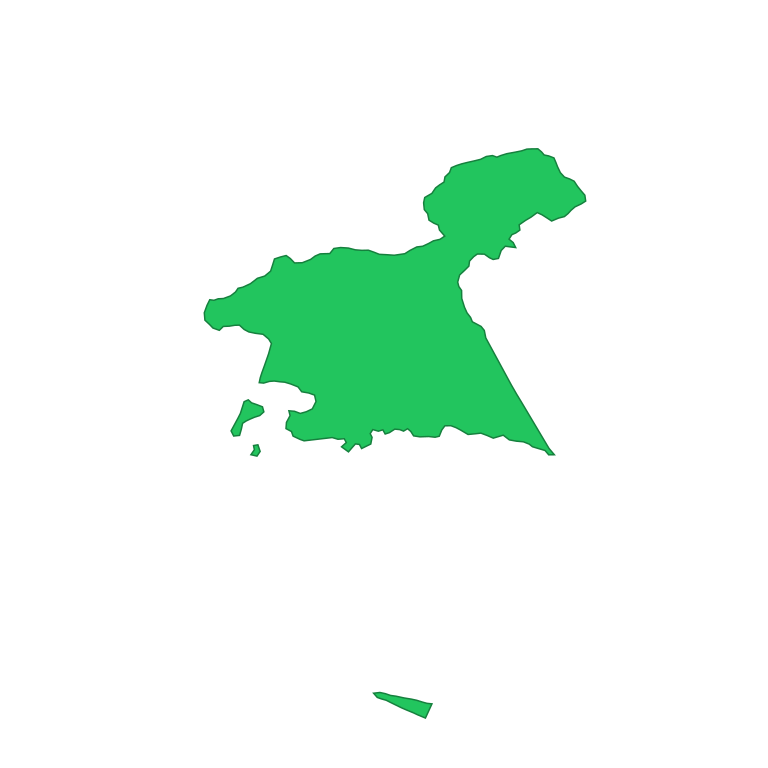 Itaguaí, Rio de Janeiro, Brazil (Albers equal-area conic projection), rotated 28°
{"feature_id": "56859067B25747814882547", "entity_name": "Itaguaí", "entity_type": "district", "adm_level": 2, "iso_a3": "BRA", "parent_name": "Brazil", "parent_adm1": "Rio de Janeiro", "projection": "albers", "projection_center": [-43.809, -22.874], "detail": "fine", "context": "isolated", "style": "filled", "palette": "green", "viewbox_px": 768, "rotation_deg": 28, "n_neighbors": 0, "source": "geoboundaries", "source_scale": "gbopen_adm2", "svg_char_len": 3473}
<svg xmlns="http://www.w3.org/2000/svg" viewBox="0 0 768 768"><g transform="rotate(28 384 384)"><path d="M456.7,115.7L451.7,115.8L446.2,116.6L440.5,114.6L435.1,110.6L431.9,107.8L427.9,104.6L422.3,105.3L417.9,106.6L414.1,105.1L409.5,104.1L404.5,106.8L399.9,109.5L396.1,113.5L391.0,117.7L384.3,123.0L379.8,127.5L377.2,130.7L372.5,131.4L367.5,135.1L363.8,140.3L359.1,144.5L353.3,149.5L349.3,153.1L345.5,157.0L341.9,161.4L342.6,166.5L340.6,172.5L342.2,177.5L339.7,181.9L337.5,186.6L336.8,193.2L332.4,200.2L333.9,205.4L337.7,211.1L342.6,213.1L346.8,218.2L352.4,218.6L357.3,218.2L360.7,222.0L368.2,224.9L365.5,230.0L360.4,234.4L357.5,238.9L353.5,244.2L348.6,247.6L344.2,253.9L341.2,259.2L337.5,261.9L332.6,265.5L325.2,268.8L319.0,271.7L313.5,272.3L307.4,273.2L301.7,276.4L295.7,279.0L288.7,280.7L281.6,283.9L276.1,287.9L274.9,294.3L270.3,296.9L266.5,299.1L263.1,303.4L260.7,308.5L254.9,315.3L248.2,319.1L242.4,317.2L237.3,316.5L233.1,320.3L228.6,325.0L229.8,331.3L230.9,337.6L228.0,344.7L222.6,350.1L219.0,358.1L213.9,364.8L210.2,368.0L209.7,372.5L207.1,378.3L202.1,383.9L197.6,386.6L194.6,389.9L190.6,391.4L190.8,397.7L191.9,405.5L195.9,411.7L202.2,413.4L206.7,414.9L213.4,413.9L215.1,408.6L220.2,405.6L224.7,402.2L228.7,399.9L234.9,401.5L240.2,401.5L246.7,399.6L253.8,396.9L261.0,398.4L265.6,401.1L267.9,411.4L269.8,423.7L270.9,431.5L271.8,436.5L273.2,441.4L277.3,439.7L281.6,435.5L285.7,432.9L291.1,430.9L295.5,429.0L301.5,427.8L309.4,426.9L315.0,429.5L321.7,427.3L327.9,426.4L332.2,431.4L332.4,439.6L328.4,445.0L323.9,449.3L317.8,450.1L312.6,452.3L315.9,456.0L315.9,463.7L318.4,469.4L324.6,469.4L328.2,472.7L336.0,472.3L340.1,471.7L363.4,455.6L369.3,454.4L374.6,451.0L378.2,453.4L376.0,459.4L384.5,460.6L385.8,454.8L386.9,450.3L390.7,448.9L394.5,451.5L400.5,443.2L398.5,436.7L395.1,434.3L395.5,429.5L401.2,428.3L404.5,425.0L408.5,427.6L411.6,424.4L414.7,418.8L419.2,416.9L423.4,416.4L425.8,412.4L429.9,413.3L434.5,415.9L440.5,413.8L448.1,409.4L454.1,407.0L457.3,404.2L456.6,397.4L457.4,392.3L462.7,389.4L468.1,388.7L473.2,388.7L481.9,389.1L488.4,384.8L492.6,381.9L499.5,381.0L505.9,380.5L513.3,373.2L520.9,374.5L527.8,372.3L534.2,369.6L540.5,368.9L544.5,369.7L549.6,368.7L557.4,367.1L562.7,369.2L567.6,366.5L559.9,363.4L513.6,335.3L506.0,330.8L496.9,325.1L452.2,295.5L447.4,289.6L442.7,287.6L437.6,287.6L432.8,287.6L429.2,284.6L423.9,282.2L419.1,278.5L412.5,272.0L408.6,265.0L404.3,262.8L401.2,259.4L399.6,252.2L401.8,245.9L403.6,240.1L401.8,235.3L403.4,229.5L405.4,225.4L411.7,222.2L417.9,223.0L421.9,222.8L426.1,219.4L424.8,211.1L426.4,205.4L431.0,203.7L436.2,201.7L431.7,198.5L426.4,197.4L426.8,192.1L429.5,188.7L431.7,184.3L428.6,180.0L432.2,173.0L435.5,167.6L438.8,160.7L444.0,160.4L450.4,160.9L455.5,161.4L460.2,155.6L464.7,151.5L466.5,147.1L467.6,142.8L469.5,137.9L473.6,132.4L476.2,127.8L472.7,123.0L467.1,120.8L462.0,118.6L456.7,115.7ZM576.5,643.9L571.8,645.8L567.3,646.8L561.4,647.9L556.1,649.4L549.0,651.8L541.2,654.0L536.0,655.9L530.5,656.8L525.2,658.3L520.0,661.9L525.2,663.9L529.4,663.3L534.4,662.2L539.4,662.1L545.4,661.9L551.4,661.7L557.5,661.2L564.6,660.5L568.9,660.3L577.4,659.5L576.5,643.9ZM271.0,497.2L275.7,500.5L280.6,497.2L279.2,490.7L277.6,485.1L279.7,481.3L282.3,477.8L285.2,474.2L289.1,470.2L291.0,465.0L287.4,461.2L281.6,461.9L275.9,462.8L271.6,461.7L268.8,465.3L271.0,477.4L271.1,482.7L271.0,497.2ZM305.7,507.3L306.3,501.7L301.2,496.9L297.7,499.6L300.4,502.9L299.7,508.9L305.7,507.3Z" fill="#22c55e" stroke="#15803d" stroke-width="1.5"/></g></svg>